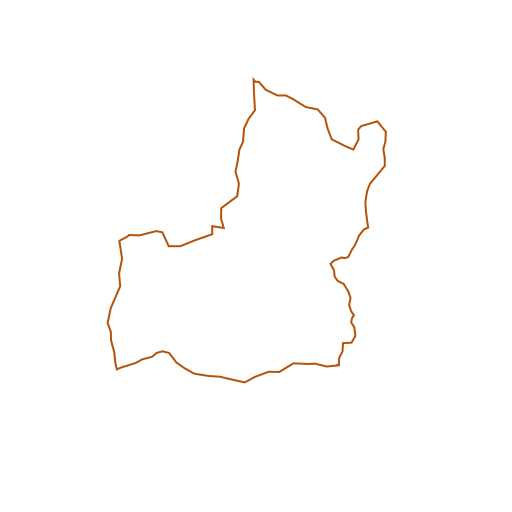 Pentalia, Paphos, Cyprus, rotated 140°
{"feature_id": "46923920B72015155205628", "entity_name": "Pentalia", "entity_type": "district", "adm_level": 2, "iso_a3": "CYP", "parent_name": "Cyprus", "parent_adm1": "Paphos", "projection": "albers", "projection_center": [32.617, 34.847], "detail": "fine", "context": "isolated", "style": "outline", "palette": "amber", "viewbox_px": 512, "rotation_deg": 140, "n_neighbors": 0, "source": "geoboundaries", "source_scale": "gbopen_adm2", "svg_char_len": 1620}
<svg xmlns="http://www.w3.org/2000/svg" viewBox="0 0 512 512"><g transform="rotate(140 256 256)"><path d="M151.7,205.7L149.7,209.2L143.1,219.5L137.6,227.0L129.3,234.2L122.5,238.0L110.0,240.3L99.4,242.3L94.3,248.4L89.8,256.0L83.2,260.6L76.7,267.7L76.7,272.3L76.5,281.2L83.0,284.0L92.0,287.9L96.6,287.1L102.5,279.4L113.0,275.0L116.6,281.9L123.0,296.6L119.4,307.2L114.3,317.5L114.5,328.6L122.2,338.2L126.6,351.8L129.9,359.8L136.4,365.2L141.7,377.1L141.9,387.6L144.5,389.9L144.5,392.6L152.3,382.8L163.1,368.3L173.6,365.8L183.1,361.4L192.6,351.8L200.3,348.2L209.3,340.2L217.5,333.8L222.6,322.4L231.9,313.9L251.9,315.0L258.8,307.0L262.7,298.2L270.4,307.0L275.5,300.8L293.8,307.7L307.6,312.1L310.2,314.3L316.6,319.6L312.5,334.3L316.4,339.2L332.0,346.7L339.7,353.6L342.3,353.6L349.2,355.1L351.0,355.4L360.3,340.0L372.1,330.7L379.5,320.1L381.5,319.1L391.8,313.9L400.7,309.5L412.7,300.1L416.0,291.1L421.2,284.7L426.5,273.3L432.1,265.1L435.5,258.6L431.4,257.4L417.2,251.5L409.5,249.9L400.5,245.6L394.4,245.6L389.0,243.2L384.9,237.6L385.4,225.4L383.1,216.7L379.0,205.6L369.2,194.3L361.3,186.8L352.8,175.4L345.8,166.4L334.6,164.1L320.7,159.2L312.7,152.2L296.3,149.7L285.8,140.1L279.9,135.5L272.9,125.9L263.3,119.4L263.3,120.0L262.2,119.5L258.0,124.4L250.9,127.4L245.4,133.3L238.5,128.2L231.3,130.9L226.6,138.0L225.7,144.0L222.2,146.8L219.1,147.6L218.6,152.5L216.3,158.4L210.5,163.2L208.0,169.9L206.8,178.3L209.4,184.3L209.0,189.7L205.4,195.0L204.0,202.1L199.4,202.4L191.1,199.7L189.6,197.4L186.0,196.0L178.2,199.3L174.1,200.4L168.6,202.9L163.9,205.4L156.5,207.0L151.7,205.7Z" fill="none" stroke="#b45309" stroke-width="2"/></g></svg>